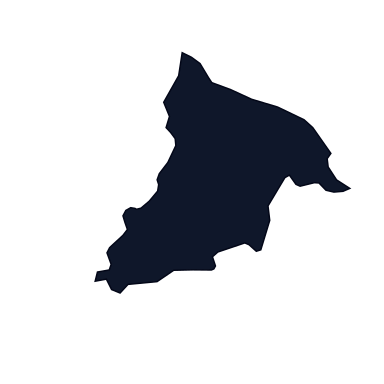 outline of Kupe-Manenguba, Sud-Ouest, Cameroon, rotated 46°
{"feature_id": "32672807B45405319599490", "entity_name": "Kupe-Manenguba", "entity_type": "district", "adm_level": 2, "iso_a3": "CMR", "parent_name": "Cameroon", "parent_adm1": "Sud-Ouest", "projection": "mercator", "projection_center": [9.612, 5.042], "detail": "fine", "context": "isolated", "style": "filled", "palette": "ink", "viewbox_px": 384, "rotation_deg": 46, "n_neighbors": 0, "source": "geoboundaries", "source_scale": "gbopen_adm2", "svg_char_len": 1025}
<svg xmlns="http://www.w3.org/2000/svg" viewBox="0 0 384 384"><g transform="rotate(46 192 192)"><path d="M283.8,94.4L290.6,90.0L296.4,82.9L299.0,76.0L283.7,79.6L268.6,76.7L261.9,71.6L260.7,65.3L229.6,60.4L217.9,61.2L190.4,71.4L166.7,84.7L145.4,93.0L127.1,101.8L125.5,101.5L121.2,100.7L105.2,97.0L94.7,98.8L85.0,102.3L99.1,120.8L107.8,150.0L122.0,155.7L127.7,165.9L134.2,166.0L141.9,167.0L147.4,171.4L154.0,188.9L156.1,202.8L159.0,208.6L163.5,210.8L167.5,216.1L168.9,229.2L168.2,239.9L165.9,243.9L164.2,244.4L160.7,247.0L159.3,252.4L161.2,258.2L167.4,261.4L174.1,264.5L175.2,271.7L174.8,289.9L176.7,295.4L187.9,300.4L190.6,305.7L183.9,315.6L188.9,323.6L195.2,314.1L206.3,317.6L214.7,313.9L214.0,302.2L232.2,279.4L235.6,259.5L248.6,245.4L261.6,232.2L262.5,229.7L261.5,226.5L252.8,222.3L253.1,215.1L265.3,189.4L269.5,187.6L279.3,186.9L281.4,182.7L266.4,155.8L254.8,147.0L249.2,126.4L246.2,115.2L247.5,110.2L258.7,111.9L262.9,110.2L270.3,97.5L273.7,94.4L283.8,94.4Z" fill="#0f172a" stroke="#020617" stroke-width="1.5"/></g></svg>